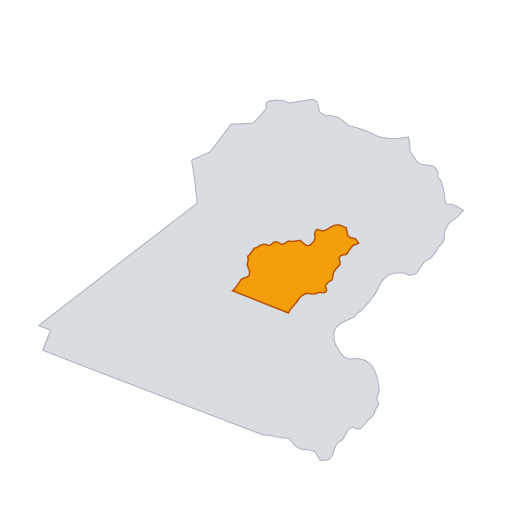 Libya, with Al Jufrah highlighted, rotated 112°
{"feature_id": "LBY-2964", "entity_name": "Al Jufrah", "entity_type": "Municipality", "adm_level": 1, "iso_a3": "LBY", "parent_name": "Libya", "parent_adm1": "", "projection": "natural_earth1", "projection_center": [16.482, 27.933], "detail": "fine", "context": "in_parent", "style": "filled", "palette": "amber", "viewbox_px": 512, "rotation_deg": 112, "n_neighbors": 0, "source": "natural_earth", "source_scale": "10m", "svg_char_len": 4737}
<svg xmlns="http://www.w3.org/2000/svg" viewBox="0 0 512 512"><g transform="rotate(112 256 256)"><path d="M93.1,156.3L95.7,155.0L99.3,153.4L101.1,152.3L101.9,151.3L104.7,147.3L106.1,145.1L108.1,142.1L108.9,140.0L109.0,138.1L108.7,135.7L107.3,130.1L106.2,124.7L107.2,122.6L108.0,121.6L109.7,119.0L110.3,118.5L113.9,117.7L115.3,116.0L116.5,113.8L116.8,112.7L118.3,111.5L120.2,110.4L121.4,108.8L125.2,106.5L128.6,104.3L132.6,102.1L135.7,100.3L136.4,98.8L136.3,97.5L134.7,94.4L134.8,90.9L134.9,87.9L135.1,86.2L135.9,81.3L136.0,80.6L139.1,82.2L142.4,82.9L152.0,88.9L155.1,89.7L161.9,90.4L170.0,87.9L173.0,87.5L178.3,89.8L180.6,90.4L184.5,90.6L191.2,92.7L192.9,93.5L196.7,96.8L198.6,97.8L212.5,100.9L214.3,102.9L216.3,106.8L216.3,111.7L217.4,115.2L219.1,119.7L221.2,122.9L223.5,125.6L226.1,127.3L232.2,129.8L239.1,130.7L246.0,131.1L258.0,134.5L268.1,138.4L270.6,140.4L275.7,142.3L285.8,151.5L291.4,154.8L295.4,155.4L298.9,154.8L305.2,151.6L307.7,149.7L314.0,141.7L316.0,137.5L316.8,134.5L316.6,131.5L315.8,128.9L314.0,126.0L312.7,122.3L311.9,115.6L312.9,110.9L314.0,108.2L315.9,105.3L321.1,99.9L326.3,96.0L335.4,91.0L340.8,91.0L343.0,90.4L347.3,86.9L349.1,86.8L351.6,87.6L358.8,87.4L362.1,88.4L365.9,90.6L370.8,91.9L374.2,93.3L377.8,95.1L378.7,99.4L378.4,100.7L378.3,102.4L382.1,105.4L392.8,106.8L395.0,107.7L398.0,110.0L399.9,110.7L407.2,111.0L411.5,110.5L415.6,111.3L417.1,112.1L418.7,113.9L420.7,118.3L421.5,119.8L420.7,120.5L419.6,122.0L418.9,123.4L417.0,125.6L415.4,128.0L415.6,131.5L416.1,135.0L417.2,138.4L418.3,142.3L418.0,144.8L417.3,147.9L416.4,150.5L413.3,155.8L412.9,157.0L413.1,158.8L415.2,165.1L415.4,167.1L416.6,173.2L417.8,178.2L419.1,182.1L419.3,183.2L419.4,188.9L419.5,194.7L419.6,200.5L419.7,206.2L419.8,212.0L420.0,217.7L420.1,223.5L420.2,229.3L420.3,235.0L420.4,240.8L420.5,246.5L420.6,252.3L420.7,258.1L420.8,263.8L420.9,269.6L421.0,275.3L421.1,281.1L421.2,286.9L421.3,292.6L421.4,298.4L421.5,304.1L421.6,309.9L421.7,315.6L421.8,321.4L421.9,327.1L422.0,332.9L422.1,338.6L422.2,344.4L422.3,350.2L422.4,355.9L422.5,361.7L422.6,367.4L422.8,380.2L422.9,392.9L423.1,405.7L423.3,418.4L423.2,418.5L417.7,418.6L412.4,418.6L407.0,418.6L401.7,418.6L401.8,421.8L401.8,425.0L401.8,428.2L401.9,431.4L391.4,425.3L381.0,419.3L370.6,413.2L360.2,407.2L349.8,401.1L339.5,395.1L329.1,389.0L318.7,382.9L308.4,376.9L298.0,370.8L287.7,364.8L277.4,358.7L267.1,352.6L256.7,346.6L246.5,340.5L236.2,334.5L229.1,330.3L221.4,334.4L215.4,337.6L207.5,341.8L198.4,347.3L191.4,351.5L191.1,351.4L190.8,351.3L183.5,344.2L177.9,338.6L175.4,337.1L164.7,334.2L154.1,331.4L143.0,328.4L141.0,323.9L138.8,318.8L135.8,312.5L133.9,308.6L133.3,308.0L124.8,304.9L115.8,301.9L110.5,303.8L109.6,303.6L108.1,302.5L106.6,300.9L105.8,298.7L103.8,295.8L101.9,289.1L101.8,283.8L101.4,281.9L96.8,274.4L92.7,267.6L89.9,263.1L89.4,261.0L89.7,258.5L90.9,256.2L95.1,253.6L98.8,250.6L99.4,248.6L99.7,243.1L98.5,241.3L97.7,238.0L96.8,233.5L96.8,230.7L98.5,225.0L100.5,219.0L99.4,212.4L98.7,199.1L99.4,188.7L99.0,184.9L98.7,183.3L97.6,178.4L96.1,173.3L95.4,171.5L93.5,167.4L90.3,162.4L88.7,159.3L91.1,157.6L93.1,156.3Z" fill="#d9dde1" stroke="#a8b0b8" stroke-width="1"/><path d="M196.2,182.5L198.0,181.9L200.7,179.8L202.4,178.7L203.2,177.5L203.4,176.1L203.4,174.1L203.0,172.3L202.9,170.3L203.5,168.9L204.8,167.1L205.4,165.7L206.4,166.3L208.0,168.0L209.6,169.9L212.8,171.0L214.8,171.4L216.6,172.1L219.1,172.1L220.5,172.8L221.1,173.5L222.5,175.9L224.1,177.7L227.0,178.2L228.4,177.0L230.4,175.8L232.4,175.0L235.4,176.0L237.4,176.7L238.4,177.4L238.8,177.1L241.3,177.8L245.3,177.6L247.6,176.6L250.3,176.8L252.6,179.0L255.7,179.9L257.7,180.6L259.8,178.7L261.4,177.7L262.9,177.7L264.7,179.4L265.2,181.3L266.1,183.7L267.9,185.9L269.7,188.2L270.6,191.1L271.5,194.7L273.7,197.1L276.7,199.3L280.0,200.2L282.5,201.1L282.5,200.6L287.1,202.3L293.2,204.3L296.7,204.6L296.9,238.8L296.9,251.8L297.0,264.7L296.1,264.2L293.9,263.4L291.0,262.6L287.6,261.9L285.2,261.2L283.1,261.0L280.9,258.8L278.9,256.3L276.4,255.1L273.4,255.9L271.1,257.3L270.1,258.6L267.4,260.8L265.6,261.3L262.9,261.6L261.3,262.6L259.5,263.5L256.4,262.2L252.8,261.3L249.5,260.6L248.3,258.8L246.6,257.5L245.0,256.4L242.7,253.9L241.6,251.3L241.7,248.6L240.6,246.8L239.3,246.0L237.4,245.0L236.4,244.5L235.4,243.1L235.2,241.0L235.3,239.1L235.5,237.2L235.0,235.3L233.6,234.4L232.2,233.0L230.8,232.2L230.0,231.3L229.4,229.3L228.7,227.2L226.7,223.9L225.2,221.4L225.2,220.7L225.2,220.1L226.0,218.1L226.8,215.7L227.3,213.6L227.0,211.5L225.1,209.5L223.6,209.0L220.9,208.0L219.1,207.9L216.4,208.2L213.6,209.9L211.0,210.2L208.7,209.8L208.2,207.9L208.2,205.9L207.5,203.0L205.0,200.2L201.2,197.6L199.7,196.2L198.4,195.1L197.2,193.0L196.2,191.0L195.9,188.2L196.1,185.0L196.2,182.5Z" fill="#f59e0b" stroke="#b45309" stroke-width="1.5"/></g></svg>